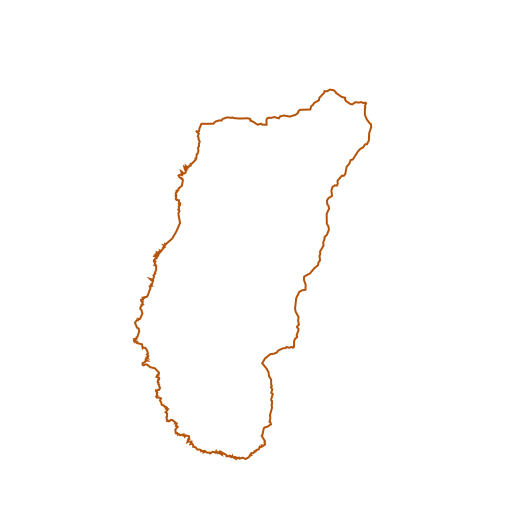 the district of Santo Andre, Porto Novo, Cabo Verde, rotated 309°
{"feature_id": "66160863B70751634637165", "entity_name": "Santo Andre", "entity_type": "district", "adm_level": 2, "iso_a3": "CPV", "parent_name": "Cabo Verde", "parent_adm1": "Porto Novo", "projection": "natural_earth1", "projection_center": [-25.312, 17.075], "detail": "fine", "context": "isolated", "style": "outline", "palette": "amber", "viewbox_px": 512, "rotation_deg": 309, "n_neighbors": 0, "source": "geoboundaries", "source_scale": "gbopen_adm2", "svg_char_len": 6051}
<svg xmlns="http://www.w3.org/2000/svg" viewBox="0 0 512 512"><g transform="rotate(309 256 256)"><path d="M444.2,244.7L442.6,243.4L441.8,241.0L439.9,239.3L438.1,236.5L434.3,235.3L433.5,233.6L433.0,228.3L434.0,226.2L435.1,225.7L433.6,222.6L433.0,215.8L433.6,214.9L433.7,212.0L431.8,208.7L428.6,207.5L427.3,205.5L425.8,206.2L418.7,205.7L416.7,206.9L411.4,204.8L409.2,205.2L407.4,204.6L404.0,206.0L397.4,198.3L395.5,197.8L393.7,198.6L390.6,197.9L385.6,194.5L382.8,189.3L379.7,186.9L377.3,187.1L375.6,182.9L372.5,180.5L371.6,179.0L370.0,178.1L368.2,178.6L364.7,181.6L362.0,178.2L362.0,176.6L359.1,174.7L358.4,168.5L357.6,166.5L358.9,165.3L357.7,162.7L352.6,156.9L349.1,151.8L348.8,150.4L347.8,149.8L345.7,146.5L341.7,143.9L339.5,143.9L338.4,142.2L334.8,139.8L332.0,139.7L324.4,130.4L319.7,131.7L317.2,133.2L316.1,132.7L315.3,130.6L315.1,134.6L312.4,135.4L311.9,136.9L310.6,137.8L309.5,140.3L307.2,141.0L305.5,142.6L303.7,142.8L301.4,145.1L298.7,146.2L297.8,145.9L294.0,148.3L293.5,147.7L292.5,148.5L287.6,148.1L286.5,147.2L285.1,148.4L284.2,147.3L282.4,147.7L281.7,146.9L281.8,145.5L280.8,146.9L280.4,144.7L279.6,146.3L279.5,145.0L278.3,146.6L278.3,147.9L276.2,148.8L274.8,148.2L274.7,147.1L273.6,147.4L274.9,145.4L274.8,144.5L273.5,146.5L272.1,147.2L271.9,146.2L269.8,145.1L269.0,147.2L269.6,148.9L269.0,149.5L269.6,150.4L268.6,151.7L263.9,154.2L259.6,153.3L258.6,154.2L256.8,153.9L256.8,152.4L256.2,154.2L254.1,154.1L252.9,156.0L252.1,155.7L251.0,157.5L249.9,157.6L249.6,158.9L250.8,161.0L249.2,162.4L249.3,163.9L248.2,164.7L247.6,163.8L247.1,165.0L245.9,164.8L244.9,165.9L243.3,166.4L243.6,166.8L242.6,168.4L240.8,168.6L238.9,170.2L234.0,176.1L225.3,178.6L216.8,179.9L208.7,178.5L208.3,177.7L207.6,178.5L206.6,178.6L206.1,177.5L205.5,179.4L204.3,179.1L204.3,177.7L204.0,179.1L200.0,179.1L199.9,178.6L199.7,179.0L198.5,178.1L198.4,179.1L197.1,179.2L197.1,178.4L196.7,178.7L196.4,178.0L195.5,178.8L195.9,176.7L195.3,177.1L194.9,178.7L193.8,177.1L193.2,177.5L192.6,177.0L192.5,177.3L194.0,178.1L193.6,178.7L192.3,178.0L193.0,179.6L191.8,180.2L190.2,179.3L189.0,179.4L188.6,180.5L188.0,179.7L187.6,180.1L188.2,181.2L187.0,181.4L186.1,183.2L185.1,182.9L185.5,184.7L182.3,187.1L179.2,188.0L179.1,188.7L176.4,188.6L176.2,189.5L172.7,190.9L171.5,188.0L171.3,189.6L171.9,191.6L168.3,193.0L167.8,192.3L166.0,192.8L166.2,193.2L165.4,192.7L164.8,194.1L157.2,196.7L155.5,196.8L153.6,195.1L153.0,195.5L152.2,194.2L151.0,195.7L149.6,194.3L148.5,195.7L149.0,196.9L147.5,197.9L147.0,197.0L147.0,198.6L145.7,197.8L145.1,198.5L143.2,198.5L142.1,199.3L142.0,200.8L139.7,204.0L134.1,205.4L133.4,204.5L133.4,204.9L131.8,204.8L131.2,203.8L128.0,203.9L125.4,208.7L125.8,210.5L123.9,212.7L118.5,214.7L117.6,214.3L116.5,215.3L114.7,213.6L114.4,214.9L112.6,214.2L113.2,214.8L112.9,216.1L113.9,216.0L114.5,217.1L114.5,217.9L113.5,218.5L115.6,222.9L113.4,225.6L114.0,225.5L113.9,226.5L114.9,227.6L114.5,229.8L112.9,232.6L112.2,233.4L110.8,233.2L110.8,234.9L110.0,235.6L108.5,234.8L108.2,236.2L107.8,235.4L106.3,235.2L105.8,235.9L106.1,237.3L105.0,236.1L104.0,236.4L101.3,235.3L100.0,236.5L100.3,237.5L101.9,238.1L103.1,239.7L103.0,243.7L105.1,248.2L104.3,254.1L102.3,255.1L101.8,254.2L99.5,254.7L100.5,256.7L100.1,257.8L99.2,258.3L98.1,257.0L98.4,258.3L96.3,258.7L96.2,260.1L95.1,260.4L94.8,262.1L93.8,262.7L93.1,264.5L91.0,264.9L90.4,263.9L89.2,264.0L88.7,262.9L87.9,263.5L87.6,265.4L86.3,265.7L85.6,267.2L84.0,266.8L83.6,268.2L85.0,269.6L85.5,271.8L83.3,272.3L82.6,274.4L81.0,276.4L81.8,278.5L81.3,279.8L82.0,280.6L82.1,282.0L80.7,282.1L81.6,284.0L77.6,284.1L77.8,285.9L75.2,287.9L74.3,287.8L72.7,289.9L72.7,291.2L72.1,291.1L72.8,292.5L75.1,293.0L75.9,294.2L75.9,298.2L74.9,298.5L75.9,299.8L73.5,300.8L73.9,301.7L73.1,302.2L73.4,302.6L70.4,302.5L67.8,305.2L68.8,306.2L67.9,307.6L69.1,308.2L68.9,309.7L71.8,312.0L70.8,312.7L71.9,313.7L71.1,314.4L72.4,314.6L73.7,317.2L71.8,319.3L71.2,318.6L68.2,319.8L69.4,320.3L71.1,322.6L68.6,323.4L70.0,324.4L69.4,326.4L68.2,327.3L69.3,329.3L68.7,332.3L70.2,334.1L70.5,336.2L69.9,336.4L71.9,338.4L70.6,338.9L72.3,339.9L72.4,341.6L74.1,343.9L73.7,344.6L76.8,345.7L77.6,348.2L78.6,348.0L78.6,348.9L79.2,348.5L78.7,350.3L80.6,350.7L79.7,351.3L80.1,353.7L80.9,351.6L81.9,352.2L81.7,353.7L80.7,354.5L82.3,355.0L82.7,358.3L81.8,359.3L83.4,360.7L83.9,362.5L84.4,362.0L84.6,363.5L85.6,363.4L85.1,364.0L85.4,366.5L86.4,365.9L87.2,367.8L86.2,368.5L88.6,369.7L88.2,370.7L90.9,372.6L91.8,375.8L95.8,377.2L97.2,376.6L98.2,377.6L98.6,376.7L99.8,376.4L101.0,377.8L102.9,378.4L103.4,377.8L104.2,378.7L105.6,378.4L107.4,379.8L110.3,378.9L110.6,380.1L112.0,380.6L112.5,379.8L113.2,381.1L115.0,381.6L115.9,381.2L116.3,379.9L117.7,379.5L119.8,373.6L120.7,373.7L126.8,370.6L128.2,370.6L130.2,372.2L134.6,373.6L135.8,371.9L135.6,370.9L138.9,369.3L141.2,367.0L148.2,363.9L150.1,361.8L151.6,361.4L152.2,360.4L153.4,359.8L153.5,358.6L154.3,357.9L159.3,355.9L159.3,353.9L162.7,352.6L163.4,350.1L164.8,350.2L165.6,348.7L169.4,345.6L170.9,341.6L173.5,339.0L175.1,335.2L176.6,328.3L182.1,327.5L188.9,329.0L191.4,331.5L194.1,332.9L196.3,332.7L201.2,335.0L203.1,337.0L204.5,337.0L205.5,339.5L208.0,341.1L208.0,342.5L209.4,342.7L213.6,339.3L216.1,338.5L218.8,339.0L220.2,337.3L225.0,335.8L226.2,334.7L226.4,332.8L227.0,332.3L229.7,332.5L232.2,329.5L235.3,327.5L237.6,322.0L239.6,319.5L248.5,313.8L255.4,312.2L258.4,313.5L260.9,315.7L264.9,312.7L267.7,308.2L270.3,306.4L276.4,308.9L283.3,309.0L287.9,310.0L290.3,308.6L292.9,308.5L296.0,305.3L298.0,304.7L299.9,302.9L306.4,302.0L309.0,299.6L312.3,298.6L313.9,297.3L317.0,297.8L322.3,296.1L324.4,293.9L325.8,290.6L333.2,284.4L338.7,283.0L340.5,281.0L341.2,278.6L343.9,276.2L346.5,275.9L350.6,277.3L354.3,273.4L357.6,272.0L360.4,272.7L361.7,274.6L363.6,274.0L365.8,272.0L372.5,272.2L373.5,273.8L376.0,273.7L382.3,270.3L386.5,270.4L390.2,269.2L391.9,270.5L401.5,269.4L405.0,269.7L407.8,270.9L410.7,270.6L412.0,270.9L412.6,271.9L416.8,271.0L422.6,266.7L428.9,264.3L430.8,262.2L430.7,260.7L431.9,256.1L434.2,251.8L439.1,247.8L440.2,247.6L440.9,246.3L443.9,245.5L444.2,244.7Z" fill="none" stroke="#b45309" stroke-width="2"/></g></svg>